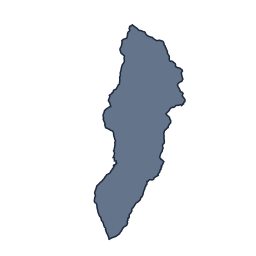 Farcasa, Neamt, Romania (orthographic projection), rotated 327°
{"feature_id": "2599482B98026704689851", "entity_name": "Farcasa", "entity_type": "district", "adm_level": 2, "iso_a3": "ROU", "parent_name": "Romania", "parent_adm1": "Neamt", "projection": "orthographic", "projection_center": [25.834, 47.18], "detail": "fine", "context": "isolated", "style": "filled", "palette": "slate", "viewbox_px": 256, "rotation_deg": 327, "n_neighbors": 0, "source": "geoboundaries", "source_scale": "gbopen_adm2", "svg_char_len": 5832}
<svg xmlns="http://www.w3.org/2000/svg" viewBox="0 0 256 256"><g transform="rotate(327 128 128)"><path d="M204.7,109.9L205.0,109.0L204.9,108.2L204.3,106.8L204.1,106.1L203.6,105.4L202.4,104.4L202.2,104.1L202.0,103.3L201.4,102.4L201.6,101.8L202.3,100.9L202.5,100.4L202.6,100.0L202.4,98.9L201.9,97.8L201.8,96.8L201.7,96.5L200.8,95.6L199.8,95.1L199.7,93.7L199.9,92.9L201.3,91.1L201.7,90.1L201.8,88.6L201.7,87.0L201.7,86.8L202.3,86.0L202.8,85.1L202.8,84.0L203.0,83.5L203.1,82.4L203.4,81.6L203.4,80.8L203.5,80.3L203.8,79.7L203.6,78.5L203.6,78.1L204.4,76.0L204.5,74.5L204.2,73.9L202.3,71.6L201.7,71.3L199.8,70.5L199.6,70.3L198.9,68.9L198.5,68.3L198.3,67.3L198.1,67.0L197.6,64.9L196.6,64.3L196.2,63.5L195.3,62.5L195.0,62.0L194.3,60.3L194.1,59.3L194.2,58.0L194.4,57.3L194.3,56.5L193.9,56.0L193.4,55.6L191.6,53.0L190.4,52.1L190.2,51.7L189.9,49.5L189.4,48.1L189.2,47.8L188.8,46.7L188.4,45.8L188.4,45.5L188.0,44.8L187.9,43.9L185.5,43.9L184.7,43.7L184.2,44.4L183.1,45.2L182.9,46.6L182.6,47.1L181.9,47.5L180.7,47.5L179.9,47.9L178.6,49.0L178.6,49.4L178.2,49.8L176.0,51.9L173.0,51.3L172.4,51.1L170.5,51.3L169.7,52.9L167.7,55.1L166.5,56.1L165.0,56.8L163.9,57.8L163.8,58.5L163.3,59.8L163.0,61.5L163.2,62.5L163.6,63.1L163.8,64.1L164.1,65.0L164.2,65.7L163.5,66.5L163.0,66.9L162.6,67.4L162.2,68.6L161.6,69.3L161.5,70.0L160.5,70.7L159.9,70.9L159.3,71.3L157.6,71.9L154.5,74.6L154.0,75.4L153.5,75.7L153.2,76.1L151.4,77.6L150.3,79.7L149.8,80.1L149.2,80.4L148.5,81.1L147.4,83.1L144.7,86.5L143.1,86.6L143.0,86.8L142.2,87.4L139.1,88.9L137.9,88.7L136.7,88.5L135.7,89.0L135.3,89.7L135.0,89.9L133.8,89.8L133.2,90.3L132.9,90.4L131.0,90.3L130.1,90.5L130.1,91.1L130.0,91.4L129.2,92.3L127.3,93.6L126.4,94.4L126.3,94.7L126.4,95.3L126.4,96.4L126.2,97.6L125.2,100.6L124.7,100.3L123.7,100.2L119.7,100.2L118.6,100.6L118.1,100.5L117.4,100.9L116.4,102.0L115.2,102.7L114.9,103.1L114.4,103.4L113.7,104.2L112.9,106.5L112.7,106.7L112.2,106.8L112.0,107.1L111.8,107.9L111.7,108.9L111.5,109.3L111.4,109.7L111.5,110.7L111.4,111.1L111.1,112.0L110.5,112.2L110.3,112.5L109.4,115.5L109.7,116.2L110.3,116.8L110.8,117.6L111.3,118.7L111.9,119.5L112.0,120.1L112.5,121.0L113.0,121.4L113.4,122.2L113.5,122.6L113.3,123.8L112.8,125.0L112.3,125.7L112.1,126.3L111.8,126.8L111.1,129.5L110.7,130.4L110.6,131.6L110.5,132.0L110.1,132.4L109.0,132.9L108.8,133.3L108.5,134.4L107.5,135.3L107.0,136.1L104.8,138.3L104.5,138.7L103.4,139.3L103.3,141.2L102.6,142.2L101.3,143.5L99.4,144.7L100.1,145.3L100.3,145.6L99.4,146.8L99.2,147.6L98.7,148.1L99.5,148.8L100.1,149.2L99.4,150.9L99.0,150.7L98.9,151.1L99.3,151.2L99.2,151.6L97.2,151.6L95.7,151.3L95.4,151.6L95.7,151.8L95.9,152.3L95.6,152.3L95.4,152.6L94.3,153.0L94.0,153.5L93.4,153.8L92.6,153.8L91.7,154.4L90.1,154.8L88.7,155.8L86.9,155.9L84.5,155.6L82.7,156.5L81.8,156.6L80.8,157.3L78.8,157.8L78.1,158.2L74.3,158.7L72.8,159.2L70.5,159.5L69.9,159.9L67.8,161.8L66.5,162.7L65.2,163.7L64.7,164.2L64.3,165.3L64.1,166.7L61.5,169.0L59.9,171.0L59.7,171.6L59.8,172.1L59.7,172.6L60.0,173.1L60.2,173.5L60.2,174.0L60.2,174.6L59.9,175.6L59.7,176.2L59.3,176.7L58.9,177.5L58.7,177.8L58.5,178.5L58.1,179.2L57.8,180.5L56.8,182.7L56.7,183.8L56.2,185.8L56.2,186.8L56.5,188.0L56.3,188.7L55.8,189.8L55.4,191.1L55.4,191.4L55.6,191.7L55.6,193.6L54.4,197.7L54.5,198.9L54.6,199.3L54.6,199.7L54.4,200.3L53.7,201.1L53.8,201.8L53.3,202.7L53.2,203.4L52.9,204.6L52.9,206.2L52.6,207.3L52.6,208.0L52.0,209.5L52.0,210.2L51.4,211.0L51.0,211.3L52.3,210.9L52.9,211.2L54.9,211.3L55.6,211.6L57.9,212.0L58.3,212.3L62.9,212.1L63.6,211.9L64.6,211.3L66.6,210.7L67.4,210.1L70.1,208.8L72.2,208.8L73.5,208.9L74.1,208.7L74.5,208.3L75.2,208.1L75.7,207.6L76.1,207.1L76.1,206.6L76.5,205.7L77.1,205.5L77.6,205.4L77.8,205.0L78.1,204.7L78.6,203.7L79.1,203.5L79.6,203.9L79.8,203.7L80.3,203.6L80.8,202.8L81.0,202.7L81.4,201.8L81.7,201.5L82.2,201.2L83.1,201.0L84.1,200.7L85.9,199.8L86.2,199.5L86.2,199.2L86.7,198.5L87.4,197.8L87.8,197.6L88.7,197.7L93.6,195.4L94.4,195.3L96.6,195.4L97.1,195.2L98.8,195.0L99.9,194.3L101.0,193.2L101.7,193.3L102.5,193.2L103.7,192.3L104.6,191.8L105.1,191.0L107.2,189.2L109.0,188.1L109.4,187.4L110.7,186.6L111.1,186.6L111.7,186.0L111.9,185.7L112.1,185.6L113.0,185.6L114.3,184.1L114.8,183.2L115.4,183.7L117.7,183.0L118.8,183.7L119.8,184.6L120.6,184.9L121.9,184.8L122.9,184.0L123.4,183.9L127.6,184.2L127.9,183.1L130.5,182.2L131.2,181.7L132.1,180.6L133.1,180.7L133.3,180.5L133.5,179.9L133.8,179.8L134.1,179.4L135.1,179.0L135.0,178.1L135.9,178.0L138.4,176.6L139.8,175.6L139.1,173.0L138.6,172.4L138.9,172.2L138.6,171.6L138.7,171.1L138.5,170.3L138.5,169.9L139.0,169.4L139.4,169.2L139.8,168.6L141.1,167.7L141.7,167.1L143.9,166.2L144.4,165.8L145.0,165.0L146.5,163.9L146.6,163.6L146.7,163.2L147.1,162.1L147.4,161.5L148.1,160.8L148.5,160.6L149.3,160.6L149.9,160.5L150.8,159.6L152.2,157.2L152.5,156.0L153.4,155.2L153.9,154.4L155.0,152.0L155.8,151.5L156.9,150.3L158.8,149.8L159.5,149.8L160.6,149.4L161.9,149.5L162.2,148.9L162.8,148.4L164.9,147.3L166.4,147.0L166.7,146.7L167.9,145.0L168.0,144.5L167.8,143.4L168.2,142.8L168.5,142.0L168.5,141.1L167.7,138.5L167.5,136.8L169.8,136.2L170.7,136.1L171.8,135.8L173.5,134.9L175.4,134.5L176.2,134.9L176.8,134.9L177.4,135.5L177.9,135.6L178.7,135.7L179.9,135.3L180.6,135.3L181.8,135.9L182.6,136.5L184.0,136.8L184.5,137.0L185.3,137.9L185.3,138.0L185.2,138.3L185.5,138.3L185.6,138.1L186.1,138.3L186.5,138.0L186.7,137.7L186.8,137.7L187.0,137.9L187.3,138.0L187.3,137.7L187.8,137.9L189.1,136.7L190.1,136.9L191.3,135.1L191.2,133.2L191.0,131.3L191.1,130.6L191.8,129.8L192.7,129.2L193.0,129.1L193.1,128.9L192.8,128.4L192.7,127.9L192.8,127.4L192.6,127.1L191.7,125.9L192.0,125.5L192.4,123.0L192.5,120.5L192.7,119.6L192.7,119.2L193.1,118.9L193.4,118.4L194.0,118.1L196.4,117.7L197.5,118.0L198.7,118.1L199.1,117.9L199.7,117.3L200.5,117.1L200.8,116.4L201.3,114.5L202.6,111.0L203.3,110.5L204.5,109.9L204.7,109.9Z" fill="#64748b" stroke="#1e293b" stroke-width="1.5"/></g></svg>